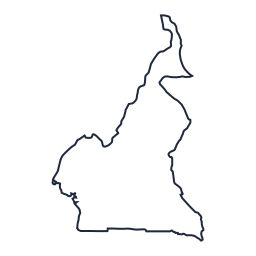 outline of Cameroon
{"feature_id": "CMR", "entity_name": "Cameroon", "entity_type": "country or territory", "adm_level": 0, "iso_a3": "CMR", "parent_name": "Africa", "parent_adm1": "", "projection": "albers", "projection_center": [12.994, 7.377], "detail": "fine", "context": "isolated", "style": "outline", "palette": "slate", "viewbox_px": 256, "rotation_deg": 0, "n_neighbors": 0, "source": "natural_earth", "source_scale": "50m", "svg_char_len": 4143}
<svg xmlns="http://www.w3.org/2000/svg" viewBox="0 0 256 256"><path d="M53.0,179.6L53.6,178.1L54.7,176.2L56.2,173.9L57.9,170.9L59.1,165.6L59.9,162.4L60.7,159.4L61.9,156.7L63.2,154.9L66.7,151.4L69.4,148.8L70.7,147.7L71.7,146.8L73.3,145.8L75.0,144.6L76.3,142.3L77.4,140.1L78.2,139.6L79.3,139.3L82.5,137.0L84.6,135.5L85.0,136.2L85.4,137.1L85.8,137.6L87.5,137.9L89.8,137.9L91.2,137.6L91.9,136.8L92.6,134.7L93.1,134.3L93.6,134.2L96.2,135.7L98.3,137.8L100.4,139.9L101.5,140.7L101.9,141.5L102.8,145.3L103.4,146.3L104.3,146.6L105.9,146.4L107.6,145.7L109.2,144.8L110.6,143.5L111.7,142.4L112.1,141.5L112.3,138.4L112.7,137.7L114.2,136.5L116.7,134.4L118.2,133.3L118.1,132.8L117.2,131.6L116.4,130.2L117.2,128.7L118.0,127.6L121.2,123.9L121.2,122.7L121.4,121.2L124.0,116.9L125.5,111.3L125.5,110.2L127.0,107.5L128.8,104.0L132.3,103.4L133.7,102.6L135.2,101.0L136.2,99.6L136.7,98.2L137.0,95.6L137.7,92.6L138.0,90.0L139.1,87.5L140.8,86.3L143.9,85.3L144.3,84.8L144.8,83.2L145.1,79.9L145.2,77.9L145.3,77.0L145.7,75.5L148.5,72.8L149.8,68.6L150.9,64.2L154.0,58.9L157.8,53.6L159.5,52.2L160.9,51.5L162.6,51.5L163.8,51.1L167.8,48.4L169.5,47.5L170.7,46.6L171.0,45.8L171.1,44.7L170.7,42.0L171.4,40.0L171.8,36.9L171.9,34.5L171.8,33.6L171.2,32.5L171.0,32.2L169.8,30.7L167.8,29.8L165.1,29.6L163.6,29.1L163.4,27.8L163.2,27.1L163.1,26.3L162.9,24.5L161.0,15.4L164.5,15.4L168.7,16.5L169.7,17.3L170.3,20.4L171.8,22.2L174.5,23.7L176.2,26.7L176.8,31.3L178.3,34.0L178.7,34.4L180.3,38.4L180.8,39.6L180.9,42.0L180.7,43.6L181.6,45.6L180.3,49.0L179.9,51.1L179.8,54.1L180.6,59.3L181.9,63.3L183.2,66.5L184.7,69.0L187.1,71.8L189.7,74.3L192.1,75.9L189.9,76.8L185.6,77.0L183.1,76.5L181.9,76.4L180.7,76.8L176.2,77.3L171.5,77.1L167.2,76.4L164.6,76.6L162.6,78.1L161.0,80.4L159.5,82.3L160.0,84.3L161.2,85.4L163.4,87.9L165.4,90.3L166.4,91.9L170.4,95.4L174.2,98.6L175.0,99.1L176.1,99.7L176.7,99.9L178.8,101.7L181.7,104.6L184.4,109.3L186.3,114.0L188.2,118.6L189.0,119.4L190.3,119.8L190.4,120.8L190.4,122.3L190.0,123.5L188.9,125.1L187.0,128.4L184.4,130.3L183.6,131.4L183.2,132.8L182.7,134.2L181.3,137.3L180.3,139.8L179.3,140.5L176.9,144.3L175.4,148.1L175.0,149.1L174.6,149.8L173.8,150.4L171.0,151.6L170.1,152.1L169.4,152.8L168.7,153.6L168.5,154.6L169.2,155.9L170.0,157.0L170.7,157.1L171.4,157.0L171.8,157.6L172.2,158.0L172.2,165.3L171.6,166.4L171.6,166.9L171.3,168.2L171.2,169.6L171.4,170.2L171.9,170.6L172.7,171.6L173.1,173.8L174.1,181.7L174.5,183.0L175.3,183.9L177.7,185.6L180.3,187.8L181.1,189.2L181.6,191.6L182.6,193.5L182.6,194.1L182.1,194.4L181.2,194.4L180.6,194.6L181.1,195.9L182.4,198.3L184.6,200.7L187.0,203.4L189.0,205.6L191.4,208.1L193.3,210.0L195.3,212.0L196.7,212.5L197.8,212.7L198.3,213.0L198.9,214.0L199.9,215.0L201.0,216.3L201.4,217.7L200.9,219.0L201.4,220.9L201.4,221.0L201.8,221.8L201.7,222.4L201.9,224.9L202.5,227.1L203.4,228.9L203.4,229.1L203.3,230.2L202.1,230.9L201.4,232.1L201.2,233.8L201.6,235.9L202.5,238.3L202.6,239.7L202.3,239.9L201.7,240.3L201.1,240.6L199.4,239.0L197.5,237.9L194.7,236.0L191.9,235.3L188.3,235.2L186.8,235.4L185.6,234.7L184.1,233.9L183.2,233.7L182.0,234.3L181.2,234.4L180.2,234.1L178.1,234.1L177.9,233.0L177.6,232.8L175.4,232.9L174.7,232.0L174.4,232.1L173.5,231.8L171.7,230.5L169.8,231.4L165.9,231.3L160.9,231.3L155.8,231.3L151.0,231.3L146.3,231.3L145.8,230.0L144.8,229.4L143.1,229.3L137.8,229.6L133.9,229.4L132.6,229.2L131.2,228.9L127.8,228.6L123.7,228.8L122.8,228.8L119.5,228.8L112.0,228.5L107.8,228.5L107.9,229.2L107.6,229.8L107.4,231.1L102.8,231.1L96.8,231.1L91.0,231.0L87.2,231.0L80.7,231.0L78.5,230.0L77.9,229.5L77.8,228.8L77.7,228.4L77.2,228.2L77.6,223.6L78.6,219.7L78.9,216.2L80.2,213.0L79.6,209.8L78.8,208.4L74.8,203.9L76.7,202.2L74.2,202.4L73.7,200.7L72.6,198.7L73.3,198.4L74.0,197.3L76.2,197.6L76.1,197.1L74.3,195.4L74.4,194.6L75.2,193.6L74.9,193.2L73.5,194.2L72.5,194.1L71.7,193.5L71.2,193.4L71.5,194.7L70.7,195.8L70.0,196.2L68.8,196.1L67.8,195.8L67.5,195.2L66.6,194.7L63.9,193.8L61.7,192.8L61.2,190.1L60.4,188.9L60.0,187.5L59.8,186.0L60.1,183.7L59.6,183.3L58.9,183.1L58.0,183.2L57.1,183.1L56.0,181.8L55.1,181.3L55.6,183.7L55.0,184.3L53.4,184.1L52.7,183.2L52.6,182.5L53.3,179.7L53.0,179.6Z" fill="none" stroke="#1e293b" stroke-width="2"/></svg>